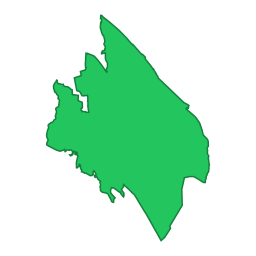 outline of Jiutepec, Morelos, Mexico
{"feature_id": "50627088B83770147300305", "entity_name": "Jiutepec", "entity_type": "district", "adm_level": 2, "iso_a3": "MEX", "parent_name": "Mexico", "parent_adm1": "Morelos", "projection": "equal_earth", "projection_center": [-99.181, 18.886], "detail": "fine", "context": "isolated", "style": "filled", "palette": "green", "viewbox_px": 256, "rotation_deg": 0, "n_neighbors": 0, "source": "geoboundaries", "source_scale": "gbopen_adm2", "svg_char_len": 5584}
<svg xmlns="http://www.w3.org/2000/svg" viewBox="0 0 256 256"><path d="M65.5,151.5L66.3,150.6L66.8,150.2L67.3,150.0L68.2,150.0L69.5,150.4L70.0,150.1L70.6,149.9L71.1,150.1L71.8,150.4L72.1,150.9L72.4,151.6L72.5,152.1L72.4,153.3L72.3,153.7L71.9,154.3L71.4,154.7L70.9,154.9L69.8,154.8L70.5,155.8L71.7,155.4L72.4,154.8L73.0,153.9L73.4,152.0L74.0,151.4L74.4,151.3L74.7,151.4L74.9,151.6L75.0,154.4L76.4,154.7L76.4,152.3L77.1,152.4L77.1,153.4L77.3,154.0L77.3,155.2L77.4,155.3L77.9,155.7L76.4,162.4L76.5,167.8L77.4,167.8L77.9,166.8L78.6,166.7L79.0,166.4L79.2,165.5L79.2,165.1L79.0,164.4L79.4,164.2L80.3,165.0L80.5,165.5L80.5,166.2L80.4,167.5L80.5,167.9L80.6,168.4L81.1,169.5L81.7,169.8L81.5,171.8L82.3,171.8L82.8,172.2L83.5,172.6L84.1,172.6L84.6,173.2L86.3,173.2L87.3,174.0L87.7,174.1L90.0,175.6L91.8,175.6L92.1,175.5L92.5,175.0L92.9,174.1L93.2,173.2L93.2,171.6L94.1,170.8L94.4,171.4L95.4,172.9L96.2,174.8L94.9,175.6L94.7,175.6L94.3,175.3L94.6,176.6L95.2,177.4L96.8,176.6L97.2,177.7L97.7,178.9L98.0,179.2L100.5,181.4L99.9,182.5L100.1,183.0L100.6,184.7L100.5,185.2L100.3,186.1L100.0,186.6L100.4,188.5L100.5,190.4L100.6,190.8L102.4,192.3L105.7,192.9L106.8,193.4L108.0,193.8L108.3,194.7L108.5,195.1L110.7,199.3L111.2,200.4L111.5,201.1L112.0,201.9L113.5,202.4L113.7,200.9L113.7,200.0L113.8,199.5L114.1,199.0L115.1,197.9L111.9,194.4L111.1,193.3L110.7,192.6L110.5,191.3L110.7,189.8L110.9,189.2L111.8,187.6L112.1,187.9L112.3,188.0L113.5,187.9L113.7,188.0L116.3,189.8L119.0,191.9L119.3,192.1L119.7,192.0L120.2,192.0L120.3,192.1L120.4,192.9L120.7,193.4L122.7,196.1L123.5,196.9L124.0,195.7L123.9,194.4L123.9,193.1L121.4,189.6L123.4,186.8L123.6,184.6L129.2,189.7L131.8,192.4L131.9,192.6L134.2,194.5L136.4,197.9L138.4,201.4L139.7,203.5L144.1,210.8L146.0,213.7L161.1,240.6L164.8,237.2L170.5,228.4L169.8,226.1L182.2,205.4L181.8,189.4L184.4,177.7L189.4,176.6L193.8,176.6L198.7,179.4L203.2,182.3L204.6,182.6L205.2,182.6L205.3,182.5L205.3,182.1L205.4,180.5L205.4,180.2L206.0,178.7L206.3,176.5L207.1,174.7L207.5,173.1L208.5,171.9L208.7,171.3L208.7,169.9L209.0,168.4L208.9,166.6L208.9,166.2L209.4,165.1L209.4,164.7L209.3,164.3L208.8,162.5L208.6,159.6L208.3,158.6L208.3,158.1L208.7,156.6L208.7,155.9L208.5,155.4L207.7,154.4L207.5,153.9L207.4,152.7L207.6,150.0L207.5,149.8L207.1,149.1L207.0,148.8L207.1,148.3L208.2,146.3L208.4,145.4L208.2,141.5L207.9,140.3L207.5,139.6L206.7,138.4L204.2,136.0L203.6,135.4L203.2,134.6L202.9,134.0L202.1,130.3L201.1,127.3L199.9,123.7L199.1,122.1L195.8,117.5L194.8,116.4L186.2,108.9L186.5,108.6L186.9,107.8L187.9,108.3L188.2,108.3L188.9,105.4L186.4,103.9L184.3,102.8L184.0,102.7L158.8,78.6L158.6,78.6L157.5,76.0L156.2,74.2L156.3,74.0L156.3,73.8L153.7,69.7L153.4,69.7L153.6,69.0L152.8,68.6L152.7,68.6L151.7,67.0L150.1,64.8L149.3,63.9L147.7,61.9L145.5,59.3L145.3,58.8L145.2,58.3L145.4,57.3L143.1,54.9L142.4,54.3L142.1,54.3L141.8,54.5L133.0,44.6L132.8,45.0L130.3,42.4L127.1,38.6L125.4,36.8L118.7,30.0L117.1,28.6L112.9,25.0L111.0,23.3L110.0,22.6L109.9,22.4L103.3,17.2L101.4,15.6L101.5,15.5L100.7,15.4L100.7,16.8L100.5,18.7L101.6,19.0L101.4,22.5L100.7,22.4L100.3,28.0L100.8,29.4L101.5,31.8L101.7,32.8L102.7,35.0L103.3,35.9L103.7,36.3L103.9,36.8L104.4,38.9L104.8,41.1L104.7,42.3L104.1,43.4L103.9,43.9L104.3,45.1L104.8,45.5L105.0,45.9L105.1,46.8L105.3,47.8L105.2,48.9L104.8,48.9L104.4,49.8L104.4,50.6L102.4,51.0L102.4,52.1L101.6,52.3L101.6,53.8L105.4,53.0L105.4,55.2L105.4,57.9L105.4,58.7L106.1,60.8L106.4,61.4L107.1,62.2L107.4,63.1L107.5,66.4L106.6,68.8L106.0,69.9L106.5,70.8L107.2,71.6L106.7,72.2L105.7,70.9L101.0,64.2L97.9,60.2L94.5,56.4L93.3,55.7L87.6,53.4L87.5,53.9L86.0,53.2L85.7,57.7L85.6,60.9L85.3,63.7L85.5,67.2L86.2,67.5L85.2,70.1L84.7,70.1L80.4,71.5L81.2,75.4L81.2,75.6L74.3,77.9L74.5,78.9L74.9,79.9L74.8,80.4L76.8,90.7L77.3,90.9L78.8,91.2L79.6,91.6L80.4,92.7L82.0,95.7L84.1,95.9L84.2,95.7L84.5,95.6L85.1,95.5L85.9,95.7L86.1,95.6L86.8,95.4L87.3,95.4L87.6,95.6L87.8,97.7L87.7,98.4L87.9,99.4L87.8,100.2L87.6,101.3L88.0,101.6L87.9,103.0L88.1,104.9L88.1,105.0L87.8,105.2L87.8,105.4L88.3,109.6L88.9,112.0L88.8,112.3L88.7,112.4L88.4,112.4L86.3,112.1L85.7,112.3L85.5,111.9L85.2,111.6L81.9,111.6L81.9,110.6L81.4,110.5L81.1,110.3L81.0,109.6L81.3,108.1L82.0,108.2L82.4,107.7L82.4,105.8L82.2,104.9L82.4,104.2L82.3,103.4L82.2,103.2L82.2,102.3L78.1,100.6L78.3,95.4L72.4,94.6L72.1,89.7L71.3,89.5L69.2,87.7L67.5,86.7L66.6,86.8L65.8,86.5L65.1,86.5L63.9,86.0L63.2,84.3L62.9,84.5L61.7,84.4L60.5,84.0L59.7,83.8L58.4,83.8L58.2,83.7L57.9,83.3L57.3,81.9L57.1,81.4L57.2,80.9L57.2,80.5L56.8,80.1L56.3,80.7L56.3,81.1L55.8,82.1L55.3,82.4L54.7,83.2L53.6,85.5L53.5,86.4L53.6,88.3L54.1,89.5L54.1,90.0L54.6,90.7L54.5,91.3L54.6,91.6L55.0,92.3L55.8,92.3L56.0,92.6L56.0,92.9L56.2,93.4L56.6,93.8L56.7,94.4L57.1,94.8L57.7,95.2L58.2,95.8L58.3,96.5L58.2,96.9L58.3,97.4L58.0,98.2L58.0,98.5L58.4,99.1L59.2,99.7L59.3,100.0L59.5,100.2L59.4,101.4L59.1,101.9L59.2,102.8L59.0,103.3L58.9,104.1L58.8,104.6L59.0,105.2L58.8,105.6L58.6,106.4L57.6,107.1L56.5,107.6L56.2,107.8L55.8,108.7L55.8,109.3L56.1,110.0L56.6,112.3L56.5,112.6L56.0,113.3L55.9,114.7L55.4,115.8L55.3,116.0L55.5,116.8L55.8,117.5L55.7,118.7L55.1,119.3L54.6,119.5L54.0,120.1L53.6,120.6L53.3,121.4L52.8,122.1L52.0,122.5L51.3,122.4L50.8,122.8L49.4,123.8L48.4,124.7L48.2,125.2L48.1,125.6L48.5,126.7L48.5,128.1L48.0,129.3L47.8,129.6L47.7,130.1L47.5,130.7L47.3,131.5L47.2,132.0L46.9,133.4L46.6,135.0L46.7,136.2L46.8,137.1L47.3,138.4L47.9,139.3L48.1,140.1L47.9,140.7L47.1,142.4L46.7,143.6L46.7,144.2L46.7,144.8L47.9,145.7L56.5,150.1L60.1,151.2L63.5,150.1L64.5,149.4L64.8,150.2L65.0,151.4L65.3,151.3L65.5,151.5Z" fill="#22c55e" stroke="#15803d" stroke-width="1.5"/></svg>